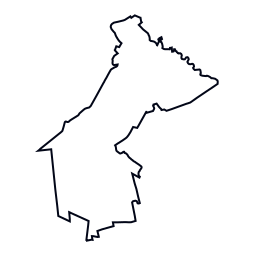 Rosiori De Vede, Teleorman, Romania
{"feature_id": "2599482B51829763459772", "entity_name": "Rosiori De Vede", "entity_type": "district", "adm_level": 2, "iso_a3": "ROU", "parent_name": "Romania", "parent_adm1": "Teleorman", "projection": "mercator", "projection_center": [24.982, 44.064], "detail": "fine", "context": "isolated", "style": "outline", "palette": "ink", "viewbox_px": 256, "rotation_deg": 0, "n_neighbors": 0, "source": "geoboundaries", "source_scale": "gbopen_adm2", "svg_char_len": 4927}
<svg xmlns="http://www.w3.org/2000/svg" viewBox="0 0 256 256"><path d="M161.5,110.0L164.3,109.5L166.5,110.8L171.4,109.2L186.6,103.7L187.7,103.4L190.3,102.5L197.1,97.7L206.0,91.7L215.1,85.6L217.6,83.9L217.7,82.5L217.7,81.9L217.7,81.3L217.4,80.4L216.2,79.5L215.7,79.2L215.2,78.8L214.0,78.5L212.5,78.2L211.4,78.2L210.0,77.0L209.2,76.6L208.5,76.2L206.9,75.7L206.1,76.1L204.0,75.9L202.3,75.7L200.6,75.1L200.3,74.2L200.8,73.1L200.6,71.6L200.3,70.1L199.6,69.5L196.5,69.8L194.8,70.0L193.7,69.0L193.1,67.9L193.5,67.4L194.0,66.6L193.8,65.2L193.1,64.1L192.2,63.8L190.6,64.2L189.1,64.1L188.1,63.3L187.4,61.9L188.1,60.5L188.7,59.4L188.5,58.3L187.6,57.2L186.2,57.4L184.9,59.2L184.0,59.4L182.0,59.0L181.4,58.0L181.5,56.5L181.8,55.3L181.2,53.9L180.0,53.2L178.8,53.5L178.0,53.2L178.0,52.9L176.8,52.2L176.5,51.3L175.7,51.0L174.8,49.2L174.1,49.3L174.4,50.0L174.0,50.4L173.6,51.4L172.7,51.7L172.1,51.7L172.1,50.9L171.9,49.7L171.7,48.7L171.7,47.6L171.1,47.8L170.0,47.9L169.9,48.8L169.7,49.3L168.6,49.2L167.6,49.2L166.5,49.2L165.0,49.2L163.9,49.0L162.4,48.1L162.7,46.4L162.1,43.7L161.3,42.0L160.5,41.8L159.7,41.1L159.9,40.8L162.0,39.1L161.4,37.2L160.0,37.9L160.1,38.0L161.2,37.4L161.6,38.6L161.0,38.8L160.6,38.2L160.3,38.4L159.6,38.6L159.0,38.9L158.7,39.0L158.3,39.3L158.3,39.5L158.6,40.1L159.1,40.7L159.6,41.0L158.6,42.1L158.4,42.6L157.2,45.3L157.0,45.2L156.5,43.8L156.1,43.2L155.4,42.5L154.3,41.7L153.0,41.3L150.7,40.9L149.7,40.0L149.7,38.2L149.3,36.3L148.8,35.4L148.2,33.9L147.9,33.3L146.2,31.9L143.2,29.5L142.6,28.9L141.7,27.9L138.8,24.9L141.8,22.3L141.1,21.4L140.5,17.8L140.4,17.8L134.8,15.4L131.3,17.8L130.4,16.4L125.0,19.8L123.5,20.4L118.3,21.7L114.1,22.6L113.5,22.9L111.8,24.1L111.0,25.3L110.7,26.9L111.5,29.1L113.9,32.0L114.7,32.7L115.1,33.7L115.5,34.8L115.7,35.4L116.5,37.0L117.1,37.8L117.2,38.2L118.5,40.1L118.8,40.6L119.3,41.1L120.1,42.0L120.4,42.2L121.5,43.2L121.0,44.0L119.6,46.4L119.4,46.8L119.2,47.1L116.3,46.3L116.0,47.1L115.0,49.9L114.8,50.1L114.9,50.3L115.1,50.6L115.4,50.8L115.6,51.1L115.8,51.3L116.0,51.6L116.4,51.9L116.6,52.2L116.8,52.4L117.0,52.7L117.2,52.9L117.4,53.1L117.7,53.4L114.2,55.9L112.4,59.2L112.7,60.8L112.5,62.8L112.6,63.7L112.9,64.4L113.9,65.1L116.4,64.7L117.6,64.5L117.5,65.1L117.4,65.5L117.2,65.9L116.9,66.2L116.7,66.4L116.5,66.5L116.4,66.6L116.1,66.8L115.9,66.9L114.9,67.2L114.5,67.4L111.6,69.1L111.3,69.3L111.1,69.5L110.8,69.8L110.6,70.2L110.2,70.9L110.1,71.0L108.7,73.5L108.5,73.9L108.2,74.4L107.3,76.1L106.4,77.8L105.6,79.1L104.8,80.5L104.3,81.5L104.1,82.0L103.5,82.9L96.5,95.7L91.8,104.1L91.7,104.2L91.0,105.6L90.7,106.0L90.3,106.4L89.7,107.0L89.3,107.4L89.1,107.5L88.7,107.6L86.7,108.1L86.3,108.2L85.9,108.4L85.6,108.5L85.3,108.6L84.7,108.9L84.3,109.3L83.9,109.5L79.8,113.1L79.6,113.3L79.4,113.5L78.8,114.5L78.5,115.0L78.3,115.2L78.1,115.4L72.3,119.0L71.5,119.5L70.0,120.5L69.8,120.7L69.0,121.5L68.8,121.6L68.5,121.8L68.3,121.9L67.9,122.0L67.5,122.0L67.3,122.0L67.0,121.9L66.7,121.8L66.2,121.6L65.8,121.5L65.5,121.6L65.3,121.7L65.1,121.9L65.0,122.0L64.9,122.1L64.8,122.5L64.7,122.6L64.4,123.8L63.9,125.7L63.9,125.8L63.2,128.2L62.6,130.2L62.4,130.7L62.3,131.0L61.9,131.4L61.0,132.2L52.3,139.2L41.1,148.2L40.1,149.0L39.9,149.4L38.3,150.7L51.2,149.3L55.3,189.3L57.2,205.5L57.3,206.4L58.3,216.0L69.8,221.4L69.8,219.1L69.2,212.2L88.6,221.0L88.2,225.1L86.4,239.8L86.6,239.8L87.3,240.0L87.2,240.6L91.9,239.6L92.0,239.7L92.4,239.9L92.6,239.9L92.2,238.5L92.2,238.4L91.9,236.1L93.6,236.2L96.0,236.7L97.7,237.0L98.8,236.8L97.4,231.0L102.2,229.3L113.6,226.1L112.9,222.3L118.6,222.3L125.4,222.1L129.1,222.3L131.2,222.2L135.6,220.9L134.8,216.0L132.1,202.4L133.1,201.2L135.4,200.7L136.8,201.2L137.6,203.3L138.3,203.5L139.1,203.4L139.8,203.1L138.1,196.5L136.4,189.0L134.7,183.5L132.2,173.6L139.4,177.6L139.8,176.7L139.2,176.2L138.7,175.5L138.7,175.2L138.6,174.7L138.5,174.3L138.5,173.2L138.8,171.9L139.7,170.9L139.8,170.3L141.3,168.3L141.4,168.0L141.5,167.8L141.6,167.3L141.5,166.8L141.3,166.5L141.0,166.2L139.8,165.3L139.3,164.9L135.6,162.4L135.0,161.9L134.3,161.6L133.7,161.2L133.4,161.0L132.8,160.5L132.5,160.1L131.6,159.6L130.5,158.5L130.1,158.2L129.5,157.8L128.3,156.4L127.8,155.5L127.3,154.6L126.0,153.4L125.6,153.2L124.6,152.9L124.2,151.8L123.9,151.8L123.5,151.8L123.3,152.0L123.0,152.1L122.0,152.9L121.8,153.0L120.6,153.4L120.4,153.5L119.8,153.4L117.8,151.9L117.0,151.3L116.4,150.6L116.2,149.8L116.1,149.2L115.9,147.5L115.7,146.6L115.5,146.1L115.5,145.9L115.4,145.9L115.3,145.6L115.1,145.3L118.0,143.3L118.9,142.8L120.6,141.7L121.5,141.1L122.5,140.5L123.9,139.5L125.5,138.4L126.0,138.0L126.7,137.4L126.8,137.3L127.4,136.6L128.5,135.2L130.5,132.0L133.1,127.0L137.2,127.9L138.4,125.9L146.2,111.9L146.4,111.9L146.7,112.8L151.2,111.5L153.0,111.0L154.0,109.1L154.2,108.4L154.1,107.9L153.6,106.7L153.2,105.9L152.6,105.2L153.1,105.7L153.5,104.6L154.1,104.7L154.3,104.3L156.6,103.6L158.3,105.9L158.5,106.3L159.2,107.1L160.1,108.1L160.8,108.7L161.1,109.0L161.5,110.0Z" fill="none" stroke="#020617" stroke-width="2"/></svg>